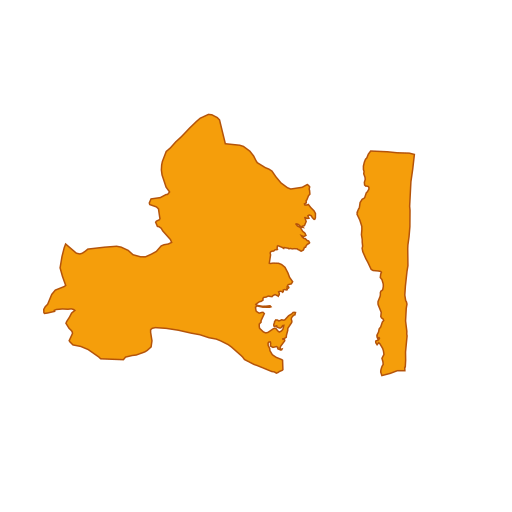 Sidi Salim, Kafr ash Shaykh, Egypt, rotated 112°
{"feature_id": "37247803B12762735296795", "entity_name": "Sidi Salim", "entity_type": "district", "adm_level": 2, "iso_a3": "EGY", "parent_name": "Egypt", "parent_adm1": "Kafr ash Shaykh", "projection": "robinson", "projection_center": [30.738, 31.367], "detail": "fine", "context": "isolated", "style": "filled", "palette": "amber", "viewbox_px": 512, "rotation_deg": 112, "n_neighbors": 0, "source": "geoboundaries", "source_scale": "gbopen_adm2", "svg_char_len": 6150}
<svg xmlns="http://www.w3.org/2000/svg" viewBox="0 0 512 512"><g transform="rotate(112 256 256)"><path d="M316.2,437.0L320.3,436.9L329.1,435.7L340.4,433.2L347.4,427.8L354.6,421.4L356.2,422.4L362.8,429.3L368.1,431.0L378.8,431.1L381.9,432.4L385.0,432.8L387.9,431.5L388.5,430.6L387.0,428.0L382.8,422.0L382.0,422.7L380.4,421.1L377.6,415.6L375.8,410.4L374.2,407.5L373.9,404.9L374.3,403.6L378.0,405.6L382.4,406.0L387.7,407.0L389.6,407.0L393.1,402.2L394.1,399.7L395.0,398.1L396.6,397.1L404.5,397.5L405.4,396.2L407.0,392.4L405.5,384.6L405.6,376.6L408.5,364.0L409.5,361.5L401.8,340.1L398.6,339.1L394.6,333.5L392.7,330.0L386.5,323.1L384.3,321.5L379.6,319.2L373.6,320.7L366.3,325.1L363.8,326.1L361.9,325.1L360.1,322.5L356.7,312.1L353.9,300.2L351.8,287.2L350.0,278.5L349.4,269.1L347.9,261.7L347.9,257.2L348.6,248.5L349.6,244.6L353.8,232.7L354.7,230.5L356.3,227.9L357.3,217.3L357.1,213.8L357.2,198.0L356.6,195.7L357.0,193.2L355.6,191.8L354.4,191.1L352.2,188.9L351.3,188.5L342.7,192.3L342.4,193.3L342.4,199.4L341.4,203.9L338.5,207.7L336.6,208.7L334.4,211.2L332.2,212.2L330.9,211.8L330.3,210.5L331.6,209.6L332.2,209.6L334.1,208.7L334.4,206.1L332.3,203.1L332.6,201.5L333.2,201.5L333.9,200.9L333.9,197.7L333.2,197.0L332.6,197.0L332.9,197.3L332.9,198.3L332.3,199.3L330.4,199.3L323.8,197.6L322.9,198.2L322.8,199.2L323.2,199.8L322.8,200.1L321.9,198.8L320.0,197.5L318.1,198.1L313.1,198.7L311.2,199.4L304.3,198.0L303.0,198.3L301.4,199.6L300.2,199.9L298.0,199.5L297.3,198.9L295.8,198.2L295.8,197.9L293.6,198.2L293.9,199.5L294.5,200.5L296.1,201.1L299.2,203.4L304.5,205.4L305.2,206.4L305.5,208.3L307.3,210.0L307.7,210.9L307.3,211.9L307.9,213.8L310.2,214.2L310.8,213.9L312.7,213.9L314.2,213.3L314.3,212.3L313.0,210.7L314.0,210.0L314.0,207.5L313.7,206.5L313.0,205.8L310.5,205.2L309.9,204.2L313.7,203.6L315.9,204.3L317.8,205.9L317.4,207.5L315.8,210.4L315.8,211.3L316.8,212.6L322.4,216.3L323.7,218.2L323.6,220.8L321.7,225.6L320.1,226.6L317.9,227.5L315.4,226.5L314.2,227.1L306.3,226.7L305.6,228.3L306.0,229.3L307.8,231.6L307.5,233.8L306.9,235.4L303.7,237.3L302.1,236.4L301.8,235.7L300.9,230.5L298.4,224.1L297.5,223.1L296.9,224.4L299.0,228.3L300.3,231.5L301.2,235.7L301.2,238.0L300.5,237.9L297.1,235.7L296.2,234.3L294.3,233.0L292.7,233.7L291.5,233.3L290.2,231.1L289.3,230.4L288.3,229.1L288.3,228.1L287.7,225.9L286.5,225.5L284.6,223.9L284.9,220.4L284.3,220.7L283.7,220.0L283.0,220.0L282.1,220.3L280.8,221.6L279.6,220.3L279.3,218.4L279.6,217.7L278.7,217.4L277.4,218.0L276.4,217.0L276.1,215.1L275.5,214.4L274.3,215.4L273.6,213.8L272.7,213.8L272.4,214.4L272.4,215.7L270.5,215.4L268.6,212.8L266.1,212.4L263.2,216.9L259.7,220.1L255.6,224.9L255.0,226.8L254.3,229.1L254.3,232.3L256.2,237.5L257.7,240.1L257.7,241.0L249.5,242.9L248.3,243.8L247.3,244.1L246.4,243.8L245.4,242.8L244.8,241.5L242.9,240.5L242.3,238.9L241.7,238.6L241.4,239.2L238.8,239.9L238.2,239.5L238.2,235.0L238.6,233.1L237.6,233.1L236.7,228.9L237.0,228.2L236.1,226.9L235.8,225.0L234.9,223.4L233.9,220.4L234.3,219.5L234.3,217.2L234.6,216.9L234.6,215.9L232.7,214.3L229.9,214.3L229.3,213.3L227.4,213.3L225.5,212.6L225.2,212.0L223.9,211.3L223.6,211.3L222.3,212.9L222.6,214.2L221.4,216.8L221.7,217.1L221.7,218.4L220.9,220.5L220.1,221.6L220.1,219.0L218.2,217.4L216.9,218.7L216.3,219.6L215.7,221.9L213.1,225.4L212.8,226.7L212.8,228.6L211.5,230.9L211.2,230.9L210.9,230.2L210.9,228.3L211.9,226.0L211.9,224.7L212.2,224.2L211.9,223.1L211.6,223.8L210.9,224.1L209.7,222.5L205.3,222.4L202.1,225.0L201.8,224.3L202.1,223.7L202.1,222.7L201.2,221.1L199.3,223.0L198.0,222.0L198.0,219.8L199.3,218.2L200.3,215.9L200.0,215.3L198.4,215.2L194.3,216.8L192.4,219.1L190.6,223.3L188.6,226.8L189.5,227.7L190.4,229.7L189.5,230.6L187.9,229.3L185.7,230.3L185.1,229.9L180.4,229.9L178.5,229.2L175.3,230.8L174.0,231.8L171.8,232.1L170.9,233.7L170.5,235.2L175.0,238.9L180.9,248.9L180.9,252.5L178.9,260.2L175.1,267.3L171.3,273.0L170.6,276.6L170.6,280.5L169.0,289.8L167.4,292.0L164.2,295.6L161.1,301.0L159.1,308.7L159.4,312.6L163.4,326.5L143.5,340.8L142.2,343.7L141.6,349.8L142.5,353.1L149.1,359.3L153.5,361.6L162.3,365.5L173.2,369.8L180.1,373.1L187.7,375.8L192.7,378.4L203.4,378.2L206.8,377.6L211.6,376.0L216.0,373.5L225.8,365.2L229.0,360.1L232.1,361.1L232.7,362.4L237.7,366.6L242.4,374.7L246.8,374.8L248.1,373.8L247.8,366.7L248.8,364.1L256.3,359.7L257.0,359.1L258.5,359.1L261.0,361.4L262.3,361.7L265.5,358.5L265.2,356.9L265.8,354.3L267.7,351.8L272.8,341.5L275.0,339.3L277.8,341.9L280.0,345.5L282.2,347.7L289.1,350.1L293.5,353.7L298.2,358.2L300.0,362.8L300.9,370.5L298.7,376.6L298.3,384.4L299.2,388.9L304.5,399.6L312.6,414.5L315.7,416.2L318.5,418.1L320.1,420.1L320.7,423.6L316.2,437.0ZM306.6,75.0L303.5,76.4L303.0,76.0L296.6,78.2L289.0,81.4L273.5,86.0L271.9,87.0L269.4,87.9L260.2,93.0L248.2,97.1L244.1,98.0L242.2,99.3L241.3,100.5L236.5,103.4L228.0,106.2L213.5,110.3L208.1,111.5L192.3,118.1L188.9,119.3L180.9,121.3L171.2,124.3L156.0,130.3L152.3,132.2L129.1,140.2L116.9,143.2L102.5,147.2L103.2,152.4L107.4,163.7L110.1,173.1L115.7,189.0L119.5,190.0L123.6,190.0L125.2,190.7L128.3,190.7L132.4,190.1L135.6,188.8L137.1,187.5L139.4,186.9L142.2,184.4L144.1,183.4L147.2,183.1L149.5,181.9L150.1,180.3L149.8,179.9L149.5,178.0L150.1,177.0L151.7,176.4L154.8,176.8L156.1,177.4L161.1,177.1L162.1,177.5L163.6,178.8L167.4,179.5L172.8,178.2L173.7,178.5L177.5,178.6L177.5,178.3L179.4,178.0L183.8,173.2L188.9,169.0L191.7,167.8L196.8,166.2L200.9,163.7L203.4,162.7L206.9,160.8L209.1,160.5L212.0,158.6L217.3,153.2L219.9,150.0L225.3,144.2L225.6,142.0L224.1,137.1L223.7,135.2L223.8,134.2L224.1,133.6L226.0,133.6L229.4,132.7L230.7,130.4L234.2,127.6L236.4,126.6L239.2,126.0L240.2,126.0L241.8,127.0L243.3,127.0L245.5,126.1L247.1,125.8L252.5,125.8L254.1,125.2L255.3,124.6L261.3,118.8L265.4,117.6L266.4,116.3L266.7,114.7L268.0,113.4L269.9,114.1L275.2,113.8L277.4,114.5L280.6,113.9L284.0,114.2L284.0,113.9L285.6,113.6L286.9,112.3L285.9,112.3L286.0,111.7L285.6,111.3L286.0,110.7L286.9,110.7L288.5,111.4L289.7,113.0L290.4,113.0L291.6,112.4L292.9,110.5L290.4,109.8L291.0,108.2L294.2,104.0L296.1,102.4L299.3,100.5L303.7,100.9L306.5,98.7L309.0,97.4L310.0,97.7L311.9,97.8L315.0,97.5L316.9,96.9L319.7,94.5L314.5,87.5L309.4,82.0L306.6,75.0Z" fill="#f59e0b" stroke="#b45309" stroke-width="1.5"/></g></svg>